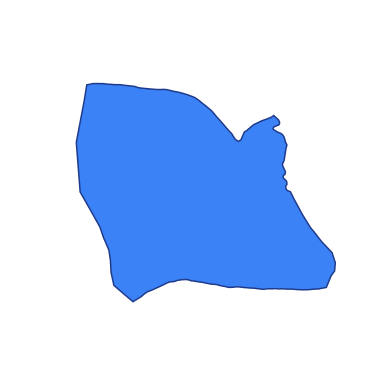 the district of Atsaphangthong, Savannakhét, Laos, rotated 158°
{"feature_id": "54806243B41596268770013", "entity_name": "Atsaphangthong", "entity_type": "district", "adm_level": 2, "iso_a3": "LAO", "parent_name": "Laos", "parent_adm1": "Savannakhét", "projection": "equal_earth", "projection_center": [105.275, 16.699], "detail": "fine", "context": "isolated", "style": "filled", "palette": "blue", "viewbox_px": 384, "rotation_deg": 158, "n_neighbors": 0, "source": "geoboundaries", "source_scale": "gbopen_adm2", "svg_char_len": 2431}
<svg xmlns="http://www.w3.org/2000/svg" viewBox="0 0 384 384"><g transform="rotate(158 192 192)"><path d="M287.8,112.4L278.0,114.1L274.3,115.4L270.5,116.2L268.1,116.1L266.0,116.1L261.0,116.3L256.3,116.5L252.9,116.7L250.0,117.0L246.4,117.0L242.3,115.7L240.8,115.6L238.3,115.5L234.1,114.4L231.1,113.4L228.6,112.2L227.1,111.0L226.3,110.1L225.4,109.8L223.0,108.3L220.3,106.7L218.2,105.4L216.9,104.8L215.4,103.8L213.8,102.7L211.3,101.1L208.9,99.5L207.0,98.5L205.2,97.7L203.6,96.8L202.3,95.7L200.8,94.6L199.2,93.5L195.2,91.0L194.5,90.2L192.9,89.5L190.7,88.7L188.6,88.0L186.7,87.6L183.8,86.3L181.6,85.1L179.7,84.0L178.7,83.5L177.7,83.1L175.6,82.0L174.0,81.1L172.4,80.5L171.3,79.9L169.5,79.0L167.6,77.9L165.8,76.9L163.7,75.8L162.0,75.0L160.7,74.6L159.2,74.3L157.3,73.6L154.3,72.4L152.5,71.7L150.6,71.1L149.1,70.2L147.3,69.4L145.0,68.6L141.7,67.1L140.4,66.4L138.2,65.5L135.6,64.5L134.2,63.8L131.4,62.3L128.9,61.2L125.9,59.8L122.6,58.6L120.9,57.9L118.6,57.2L117.1,56.8L115.6,56.3L112.6,55.3L111.5,54.9L110.0,54.5L108.0,54.2L106.3,53.8L104.6,53.5L103.2,53.2L94.4,62.2L89.3,65.4L85.6,72.8L84.9,83.3L88.7,93.1L90.6,98.0L93.1,107.0L95.6,115.1L98.1,129.8L100.0,146.9L100.7,155.5L102.4,156.9L103.2,158.0L103.5,158.9L103.5,160.4L103.3,161.5L102.7,162.5L101.3,163.3L100.5,165.2L100.3,166.9L101.1,168.6L101.8,170.0L101.8,172.1L100.8,173.2L99.4,173.4L98.5,174.3L97.9,175.7L97.8,177.1L98.0,180.0L98.1,182.6L97.6,184.1L97.4,184.6L96.7,184.9L96.2,185.2L95.6,186.1L94.8,186.7L88.4,197.4L86.4,200.0L86.6,203.3L86.0,208.2L86.6,211.3L87.9,213.3L90.2,215.5L91.7,217.6L93.1,219.4L93.1,220.4L92.5,221.1L91.1,221.7L89.0,221.7L86.3,221.7L85.2,222.7L84.6,224.1L84.8,226.4L86.1,229.2L87.6,232.3L89.8,231.7L95.5,231.6L100.4,231.9L109.7,231.3L118.8,228.3L120.9,228.1L124.7,224.4L127.3,221.9L130.2,221.6L132.3,225.0L133.4,231.5L134.4,233.8L136.3,239.1L137.8,243.7L139.4,248.2L141.1,252.8L142.5,257.4L143.7,260.5L146.2,265.2L149.6,271.2L151.6,274.9L154.1,278.6L156.1,280.5L159.7,283.8L164.0,287.3L167.8,290.0L171.8,292.6L175.3,295.1L177.3,296.5L179.9,297.8L183.1,298.9L186.6,300.4L190.2,302.2L197.2,305.8L202.2,308.5L205.7,311.4L208.6,313.0L215.1,316.5L218.6,318.5L221.5,319.7L223.5,320.5L226.2,321.9L230.1,323.7L234.1,325.9L243.0,329.6L246.7,330.2L249.4,330.8L257.8,316.9L280.7,281.3L295.7,233.9L292.9,213.0L290.5,194.1L291.1,182.7L290.8,169.3L293.3,159.0L297.2,147.6L299.4,134.7L293.3,122.8L287.8,112.4Z" fill="#3b82f6" stroke="#1e3a8a" stroke-width="1.5"/></g></svg>